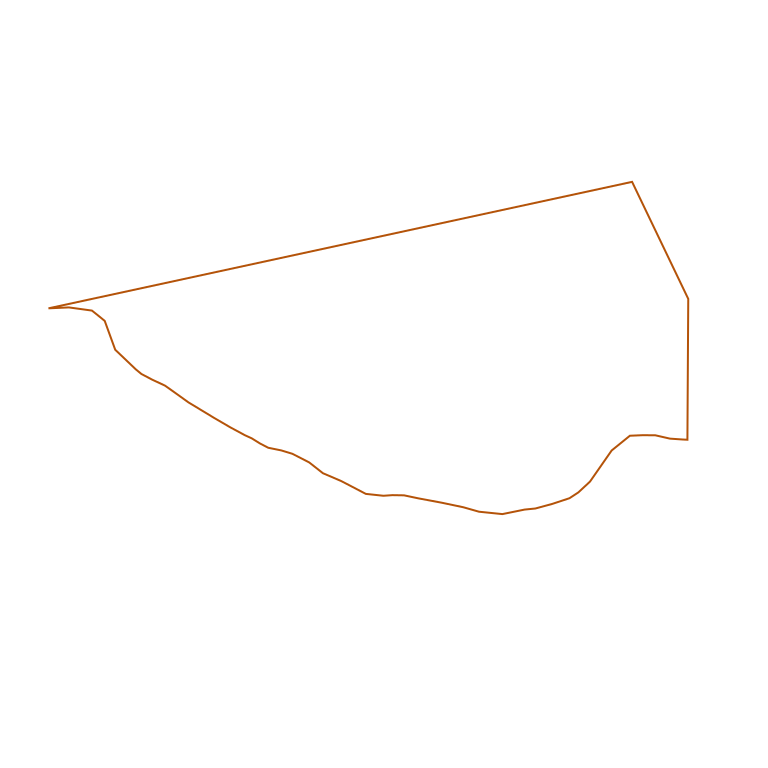 outline of Getrine, Choiseul, Saint Lucia, rotated 79°
{"feature_id": "8701671B56086336550970", "entity_name": "Getrine", "entity_type": "district", "adm_level": 2, "iso_a3": "LCA", "parent_name": "Saint Lucia", "parent_adm1": "Choiseul", "projection": "robinson", "projection_center": [-61.006, 13.781], "detail": "fine", "context": "isolated", "style": "outline", "palette": "amber", "viewbox_px": 768, "rotation_deg": 79, "n_neighbors": 0, "source": "geoboundaries", "source_scale": "gbopen_adm2", "svg_char_len": 739}
<svg xmlns="http://www.w3.org/2000/svg" viewBox="0 0 768 768"><g transform="rotate(79 384 384)"><path d="M232.9,101.9L245.7,698.9L248.7,678.7L256.2,656.7L264.2,649.9L268.8,646.1L299.1,641.3L322.2,624.9L327.9,620.2L335.6,610.6L343.8,599.3L352.6,590.9L364.7,579.5L385.0,557.1L397.0,543.4L407.6,530.5L412.1,524.2L418.7,517.1L424.5,509.8L429.6,497.5L435.0,487.3L446.7,472.4L459.9,461.0L471.2,444.4L488.4,422.8L493.6,405.9L494.7,397.0L497.1,385.6L502.8,372.1L511.5,350.1L520.1,329.7L527.5,315.1L534.3,292.6L534.1,269.9L535.1,259.2L533.8,241.6L531.5,223.7L527.5,213.9L519.1,200.4L492.7,173.2L481.7,152.5L483.6,139.9L486.1,127.5L492.2,113.7L495.5,101.3L496.6,96.8L358.5,69.1L232.9,101.9Z" fill="none" stroke="#b45309" stroke-width="2"/></g></svg>